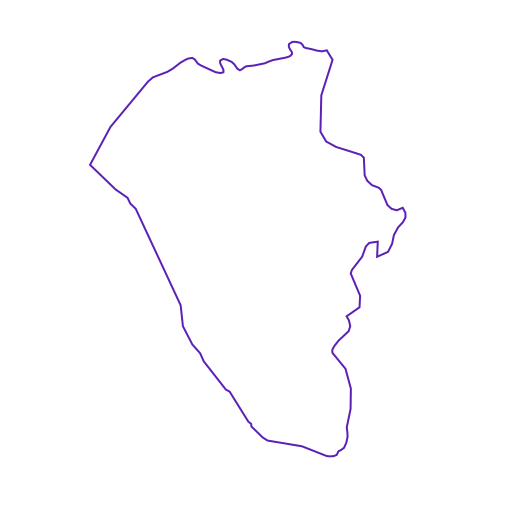 outline of Seine-Maritime, rotated 263°
{"feature_id": "FRA-5343", "entity_name": "Seine-Maritime", "entity_type": "Metropolitan department", "adm_level": 1, "iso_a3": "FRA", "parent_name": "France", "parent_adm1": "", "projection": "mercator", "projection_center": [1.134, 49.661], "detail": "fine", "context": "isolated", "style": "outline", "palette": "violet", "viewbox_px": 512, "rotation_deg": 263, "n_neighbors": 0, "source": "natural_earth", "source_scale": "10m", "svg_char_len": 1672}
<svg xmlns="http://www.w3.org/2000/svg" viewBox="0 0 512 512"><g transform="rotate(263 256 256)"><path d="M150.5,320.1L133.1,331.1L112.8,334.0L92.5,331.2L74.9,325.2L69.9,325.2L65.6,324.9L59.9,323.0L55.0,320.1L52.9,316.4L52.2,314.1L48.7,311.8L47.9,308.5L48.2,304.4L48.9,301.7L61.5,278.5L71.4,245.0L75.0,240.6L87.3,230.7L90.0,230.7L92.5,228.2L124.6,213.3L127.1,209.8L157.8,191.3L166.3,188.7L176.0,182.0L195.2,174.9L216.3,175.2L317.5,142.4L323.4,137.6L329.4,135.6L339.2,124.7L366.7,102.4L401.9,127.3L442.3,170.1L445.9,175.5L449.6,190.5L452.1,196.2L457.1,204.6L459.4,210.0L460.2,212.6L460.4,216.9L458.4,219.3L454.0,221.8L451.8,224.6L443.4,238.2L441.9,243.0L442.3,246.0L444.5,246.4L446.9,245.7L449.6,244.6L452.1,243.9L454.3,244.2L455.6,247.4L454.5,250.7L451.7,255.4L448.9,257.8L444.0,260.4L442.3,262.7L443.1,264.8L444.4,266.9L445.5,269.5L445.3,276.9L446.2,288.3L447.4,292.2L448.4,296.7L449.3,309.7L450.1,313.9L451.9,316.3L453.4,316.5L455.0,316.0L457.2,314.8L459.8,314.1L462.2,314.5L464.1,318.1L463.7,321.5L462.2,326.0L460.2,327.8L458.6,328.5L457.7,328.7L457.2,329.3L456.3,331.0L454.6,336.2L452.3,341.9L451.1,346.5L451.5,351.3L441.4,355.9L407.5,340.4L371.5,335.1L361.1,339.6L354.5,348.7L343.7,372.4L340.5,375.0L322.7,373.7L317.1,375.6L312.2,379.7L308.7,386.3L306.4,388.2L290.5,392.7L286.3,396.3L284.2,401.3L286.0,407.5L280.6,409.6L275.9,409.0L271.6,405.9L267.2,400.6L260.1,395.5L251.4,392.5L244.0,387.5L240.5,376.1L255.4,378.6L255.2,370.0L252.1,366.2L242.4,361.3L230.5,349.5L227.1,347.9L203.8,354.5L192.5,352.5L185.1,338.6L180.7,340.4L174.9,341.0L170.1,338.8L162.1,327.8L157.2,322.9L154.2,320.7L152.7,320.1L150.5,320.1Z" fill="none" stroke="#5b21b6" stroke-width="2"/></g></svg>